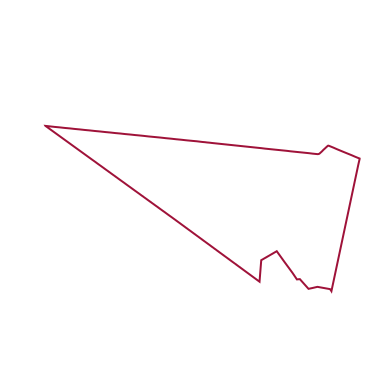 outline of Hodh ech Chargui, rotated 282°
{"feature_id": "MRT-2796", "entity_name": "Hodh ech Chargui", "entity_type": "Region", "adm_level": 1, "iso_a3": "MRT", "parent_name": "Mauritania", "parent_adm1": "", "projection": "mercator", "projection_center": [-6.332, 19.309], "detail": "fine", "context": "isolated", "style": "outline", "palette": "rose", "viewbox_px": 384, "rotation_deg": 282, "n_neighbors": 0, "source": "natural_earth", "source_scale": "10m", "svg_char_len": 1829}
<svg xmlns="http://www.w3.org/2000/svg" viewBox="0 0 384 384"><g transform="rotate(282 192 192)"><path d="M226.2,34.9L226.6,38.9L227.1,44.0L227.7,49.1L228.2,54.2L228.8,59.2L229.3,64.3L229.9,69.4L230.4,74.4L231.0,79.5L231.5,84.5L232.1,89.6L232.6,94.6L233.2,99.7L233.7,104.7L234.3,109.7L234.8,114.8L235.4,119.8L235.9,124.8L236.2,127.2L236.8,132.6L237.3,137.9L237.6,140.4L238.1,144.8L238.7,150.0L239.2,155.2L239.8,160.4L240.3,165.5L240.9,170.7L241.4,175.8L242.0,181.0L242.6,186.1L243.1,191.8L243.4,194.2L243.6,196.6L243.9,199.0L244.1,201.4L244.5,205.2L244.9,209.0L245.3,212.8L245.7,216.6L246.1,220.4L246.5,224.2L246.9,228.0L247.3,231.8L247.7,235.6L248.1,239.4L248.5,243.2L248.9,247.0L249.3,250.7L249.6,254.3L250.0,258.0L250.4,261.7L250.8,265.4L251.2,269.0L251.6,272.7L252.0,276.4L252.3,280.0L252.7,283.7L253.1,287.4L253.5,291.0L253.9,294.7L254.3,298.4L254.6,302.0L255.0,305.7L255.2,307.3L255.5,307.9L255.9,308.6L257.4,309.7L258.8,310.7L260.6,311.8L262.1,312.9L263.7,314.0L265.2,315.1L265.4,315.3L265.6,315.5L265.6,315.8L265.7,316.0L265.5,317.2L264.8,321.1L264.0,324.9L263.3,328.7L262.6,332.5L261.9,336.4L261.2,340.4L260.4,344.3L259.7,348.2L259.7,348.4L259.6,348.5L259.6,348.8L259.6,349.0L259.4,349.1L253.3,349.0L248.1,349.0L245.6,349.0L243.0,349.0L240.2,349.0L237.2,349.0L232.0,349.0L228.2,349.0L226.4,349.0L220.6,349.0L214.4,349.0L208.1,349.0L201.6,349.0L195.0,349.0L188.3,349.0L181.7,349.0L175.1,349.0L168.6,349.0L162.3,349.0L156.1,349.0L150.3,349.0L144.7,349.0L139.5,349.0L136.2,349.0L133.1,349.0L130.2,349.0L127.6,349.0L124.0,349.0L124.1,348.9L124.3,348.7L125.7,347.2L125.3,334.4L123.1,329.7L121.5,326.1L129.2,315.6L128.3,312.8L133.8,307.1L136.3,304.3L142.8,297.0L151.7,287.2L145.1,279.9L139.7,273.9L118.3,276.7L163.4,176.7L163.9,175.5L225.9,35.6L226.1,35.0L226.2,34.9Z" fill="none" stroke="#9f1239" stroke-width="2"/></g></svg>